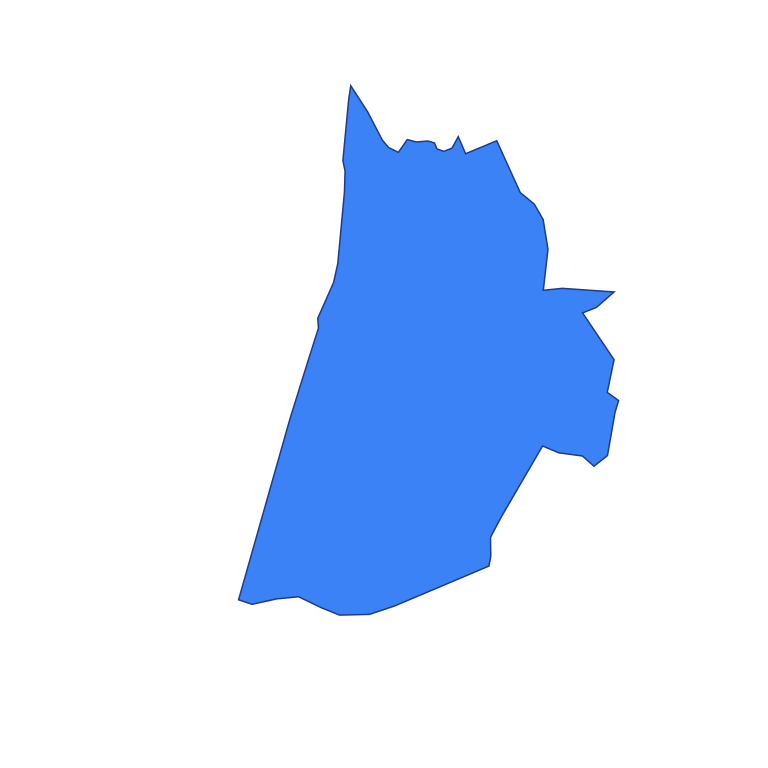 the district of Yashnobod, Tashkent, Uzbekistan, rotated 40°
{"feature_id": "79887680B98736397831484", "entity_name": "Yashnobod", "entity_type": "district", "adm_level": 2, "iso_a3": "UZB", "parent_name": "Uzbekistan", "parent_adm1": "Tashkent", "projection": "mercator", "projection_center": [69.301, 41.243], "detail": "fine", "context": "isolated", "style": "filled", "palette": "blue", "viewbox_px": 768, "rotation_deg": 40, "n_neighbors": 0, "source": "geoboundaries", "source_scale": "gbopen_adm2", "svg_char_len": 842}
<svg xmlns="http://www.w3.org/2000/svg" viewBox="0 0 768 768"><g transform="rotate(40 384 384)"><path d="M576.6,447.4L564.1,432.9L559.4,411.0L545.3,329.6L562.1,324.4L582.3,311.6L597.7,312.0L601.2,295.2L579.2,257.2L574.4,245.9L560.4,246.9L544.6,217.5L490.4,201.9L497.5,188.7L501.1,165.6L459.1,196.1L445.8,209.8L423.0,175.4L400.2,155.7L383.5,149.6L365.4,149.8L314.0,125.2L298.5,155.1L281.9,146.8L284.5,159.6L280.3,167.3L273.4,169.9L267.8,166.9L261.5,169.6L253.2,177.8L244.7,181.8L246.1,197.3L235.6,199.9L225.9,198.2L196.7,186.1L166.8,176.9L174.3,189.1L208.9,239.3L217.3,245.9L230.4,262.5L271.1,321.3L280.1,338.5L291.0,376.2L297.9,383.4L311.7,416.9L334.3,471.0L411.3,642.8L424.5,637.6L439.9,617.6L455.3,601.9L480.4,595.5L498.5,589.6L520.9,569.9L534.9,547.0L581.4,456.0L576.6,447.4Z" fill="#3b82f6" stroke="#1e3a8a" stroke-width="1.5"/></g></svg>